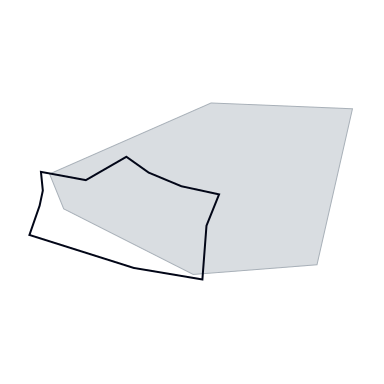 Saint Peter on a map of Montserrat (orthographic projection), rotated 267°
{"feature_id": "MSR-5089", "entity_name": "Saint Peter", "entity_type": "Parish", "adm_level": 1, "iso_a3": "MSR", "parent_name": "Montserrat", "parent_adm1": "", "projection": "orthographic", "projection_center": [-62.194, 16.779], "detail": "fine", "context": "in_parent", "style": "outline", "palette": "ink", "viewbox_px": 384, "rotation_deg": 267, "n_neighbors": 0, "source": "natural_earth", "source_scale": "10m", "svg_char_len": 461}
<svg xmlns="http://www.w3.org/2000/svg" viewBox="0 0 384 384"><g transform="rotate(267 192 192)"><path d="M279.9,215.7L266.7,356.6L112.8,313.0L109.6,188.9L181.9,63.0L217.5,50.7L279.9,215.7Z" fill="#d9dde1" stroke="#a8b0b8" stroke-width="1"/><path d="M104.1,197.8L119.2,129.9L157.6,27.4L186.3,39.1L201.2,43.1L220.0,42.2L209.4,86.6L230.6,128.3L213.6,149.8L198.3,181.7L188.2,218.9L157.6,204.7L104.1,197.8Z" fill="none" stroke="#020617" stroke-width="2"/></g></svg>